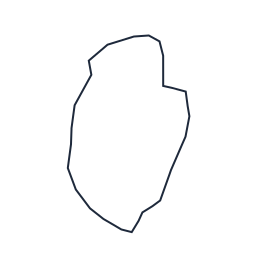 O'lziit, Arhangay, Mongolia, rotated 44°
{"feature_id": "93677404B45514860286608", "entity_name": "O'lziit", "entity_type": "district", "adm_level": 2, "iso_a3": "MNG", "parent_name": "Mongolia", "parent_adm1": "Arhangay", "projection": "albers", "projection_center": [102.546, 48.095], "detail": "fine", "context": "isolated", "style": "outline", "palette": "slate", "viewbox_px": 256, "rotation_deg": 44, "n_neighbors": 0, "source": "geoboundaries", "source_scale": "gbopen_adm2", "svg_char_len": 562}
<svg xmlns="http://www.w3.org/2000/svg" viewBox="0 0 256 256"><g transform="rotate(44 128 128)"><path d="M112.5,198.6L133.2,208.5L156.5,212.2L173.5,210.5L193.7,205.6L203.0,200.3L200.1,187.4L197.0,178.7L199.9,167.2L201.0,160.7L201.5,157.8L189.9,132.2L188.1,128.3L187.4,126.4L178.5,102.7L175.4,94.3L164.0,76.9L155.3,70.5L154.7,70.0L144.2,61.7L131.4,68.8L124.1,73.3L103.1,51.6L90.5,43.8L78.7,47.0L68.7,58.1L55.4,82.3L53.0,106.8L64.7,115.2L73.8,148.7L81.2,158.8L87.6,167.5L88.1,168.0L98.3,179.3L112.5,198.6Z" fill="none" stroke="#1e293b" stroke-width="2"/></g></svg>